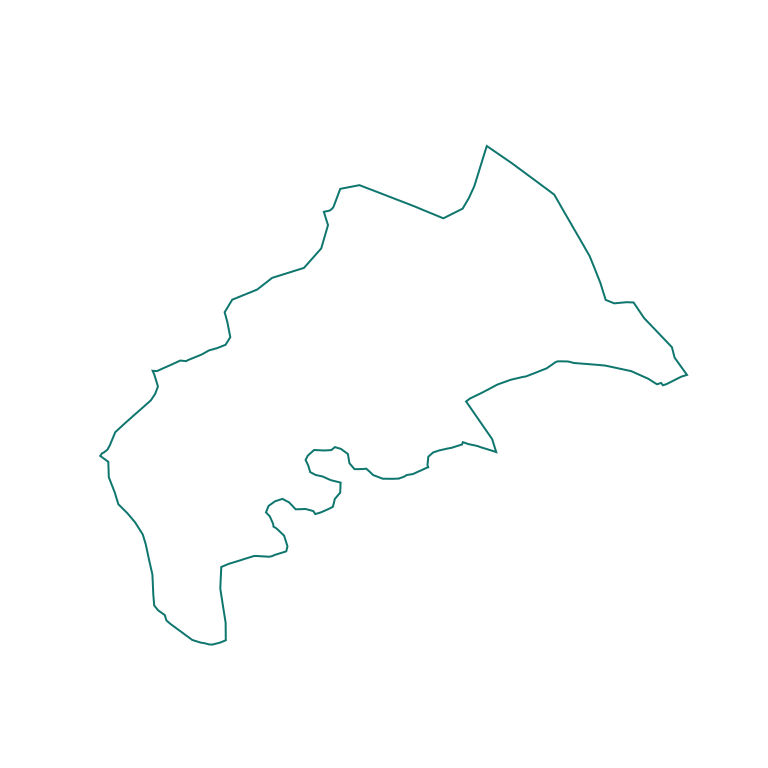 Al Jabin, Raymah, Yemen (Mercator projection), rotated 343°
{"feature_id": "15242507B10739648902482", "entity_name": "Al Jabin", "entity_type": "district", "adm_level": 2, "iso_a3": "YEM", "parent_name": "Yemen", "parent_adm1": "Raymah", "projection": "mercator", "projection_center": [43.599, 14.69], "detail": "fine", "context": "isolated", "style": "outline", "palette": "teal", "viewbox_px": 768, "rotation_deg": 343, "n_neighbors": 0, "source": "geoboundaries", "source_scale": "gbopen_adm2", "svg_char_len": 4089}
<svg xmlns="http://www.w3.org/2000/svg" viewBox="0 0 768 768"><g transform="rotate(343 384 384)"><path d="M91.6,369.8L97.6,377.8L95.5,385.6L93.6,392.6L94.1,399.7L94.4,403.5L94.7,407.7L94.8,408.8L94.8,421.3L100.8,432.5L105.6,443.7L109.3,457.4L109.3,460.6L109.3,462.1L109.3,467.4L108.0,482.4L106.8,498.6L101.8,518.0L99.5,528.6L101.8,534.4L106.8,540.9L106.8,542.2L106.8,546.5L109.9,551.4L110.8,552.6L114.0,556.9L119.7,564.5L122.2,567.9L122.4,568.1L125.7,572.6L126.9,573.5L133.4,577.9L136.6,579.4L140.4,581.8L143.5,583.0L151.8,583.4L157.8,582.8L158.1,581.8L159.1,578.3L159.3,577.7L162.7,566.2L163.3,562.2L164.8,551.3L167.4,533.3L167.7,531.5L167.9,531.0L170.2,524.5L170.3,524.3L174.9,511.4L176.0,511.3L183.0,510.6L183.4,510.6L196.8,510.6L198.1,510.5L203.1,510.5L209.7,510.5L212.9,511.6L222.8,515.3L223.0,515.4L223.5,515.6L226.7,515.9L229.5,515.5L234.7,515.5L236.7,515.5L240.6,515.5L241.6,515.4L244.2,511.1L244.2,507.9L244.2,505.9L244.1,499.8L239.8,492.1L238.1,489.6L236.6,488.1L237.1,485.5L236.1,477.2L233.8,472.6L233.6,472.2L233.8,472.0L237.9,466.9L239.3,466.4L245.5,464.3L246.0,464.3L253.4,464.2L256.4,467.3L258.6,469.4L261.0,474.1L261.2,474.6L262.9,478.0L269.3,479.8L270.0,479.9L272.4,480.6L272.7,480.8L274.6,481.9L279.3,484.9L280.2,488.3L284.6,488.3L286.3,488.3L291.4,487.7L292.1,487.6L294.0,487.4L295.6,487.1L296.1,487.0L299.2,486.5L300.3,484.6L300.6,484.2L303.4,479.5L303.6,479.4L310.3,475.1L312.2,469.9L312.4,469.1L313.7,465.6L305.0,460.4L304.8,460.2L302.1,457.9L301.8,457.6L298.8,455.0L298.1,454.4L295.8,453.1L292.0,451.0L287.7,446.7L287.7,446.4L287.7,439.7L287.4,437.7L286.8,433.7L290.2,430.2L293.6,428.6L294.4,428.3L296.9,427.1L297.7,426.8L297.9,426.7L307.4,430.1L314.3,431.8L318.6,430.0L321.9,432.2L323.8,433.4L326.4,436.9L329.0,440.4L328.2,446.4L327.8,449.7L330.9,456.8L339.0,459.2L342.2,459.7L344.9,464.1L346.9,467.8L350.5,470.6L355.1,474.2L359.2,475.5L364.9,477.3L370.7,478.8L370.8,478.7L374.4,478.6L376.7,478.4L378.9,477.7L380.5,477.9L381.5,478.0L385.2,478.6L391.8,477.7L393.1,477.6L400.9,476.5L401.9,476.6L401.9,474.2L405.1,466.5L405.6,466.3L408.6,464.9L411.1,463.8L416.4,463.7L418.1,463.7L418.7,463.8L424.6,464.2L425.1,464.2L430.1,464.8L435.5,464.7L440.9,464.7L442.4,462.7L447.4,466.3L452.9,469.3L453.9,469.9L456.1,471.2L457.2,472.2L465.4,477.7L468.4,479.8L471.4,481.9L471.4,480.3L471.3,468.3L457.4,424.7L462.1,423.0L475.1,421.0L492.2,417.7L506.4,417.0L519.9,417.9L521.5,418.3L530.0,417.7L543.7,416.6L544.1,416.6L545.9,416.0L550.4,414.6L554.0,413.3L556.8,413.1L563.1,415.1L566.1,416.1L567.9,417.0L572.0,419.6L572.5,419.7L581.8,423.4L582.6,423.7L584.4,424.4L594.7,428.5L600.8,431.0L604.3,432.9L624.2,444.0L638.4,456.4L642.1,460.8L645.0,464.1L649.3,464.0L650.4,466.8L654.2,466.7L670.5,463.9L676.4,463.9L670.7,447.0L669.6,443.7L670.1,433.0L652.0,397.0L646.5,379.0L639.9,376.7L627.8,374.2L620.6,368.4L620.5,358.2L620.5,351.0L620.1,345.9L620.0,344.9L619.8,342.7L619.7,341.1L619.6,339.7L619.0,332.5L618.6,328.1L618.1,322.2L618.1,321.9L616.3,314.2L615.0,308.4L610.2,287.7L609.8,285.8L606.9,273.5L606.3,270.8L602.2,252.8L602.1,252.5L601.5,251.8L596.1,244.4L570.7,210.1L551.9,186.5L551.0,187.7L528.3,221.1L519.5,231.0L510.8,239.0L510.5,239.3L502.2,240.7L494.5,242.0L489.3,242.9L488.7,242.5L480.3,235.6L469.7,226.9L465.4,223.3L465.0,223.0L452.4,213.1L419.2,187.1L418.8,186.7L399.2,184.6L387.7,199.6L386.6,200.6L383.6,202.1L381.4,202.2L378.0,201.8L376.8,201.8L376.9,215.7L369.7,226.7L364.2,235.1L363.6,236.0L355.4,241.0L353.7,242.1L353.3,242.3L341.4,249.6L339.2,249.6L336.5,249.6L334.6,249.6L325.7,249.7L323.6,249.7L308.0,249.8L303.9,251.4L290.3,256.6L284.0,257.2L274.6,258.0L263.5,259.0L254.3,267.3L252.6,268.7L252.3,278.9L250.7,294.3L243.9,300.2L234.7,300.9L226.5,300.7L218.2,302.5L203.7,303.8L201.8,304.2L201.5,304.3L198.9,303.2L198.3,303.0L196.5,302.2L196.1,302.0L191.9,302.6L183.3,303.7L177.4,304.4L170.6,305.3L166.6,303.7L167.1,307.8L167.1,315.3L167.1,320.3L162.3,326.5L157.7,330.3L156.2,331.5L139.1,339.3L137.0,340.2L126.1,345.2L121.0,347.6L120.4,347.9L112.9,351.5L103.7,362.7L100.2,366.0L96.6,367.4L94.0,367.9L91.6,369.8Z" fill="none" stroke="#0f766e" stroke-width="2"/></g></svg>